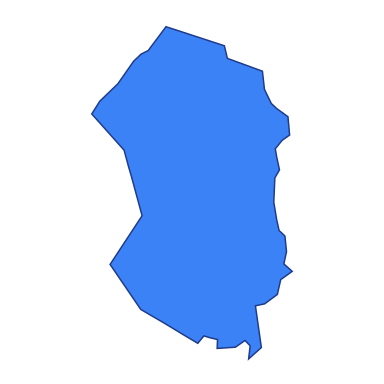 outline of Dom Pedro de Alcântara, Rio Grande do Sul, Brazil, rotated 183°
{"feature_id": "56859067B47618181554929", "entity_name": "Dom Pedro de Alcântara", "entity_type": "district", "adm_level": 2, "iso_a3": "BRA", "parent_name": "Brazil", "parent_adm1": "Rio Grande do Sul", "projection": "equal_earth", "projection_center": [-49.866, -29.366], "detail": "fine", "context": "isolated", "style": "filled", "palette": "blue", "viewbox_px": 384, "rotation_deg": 183, "n_neighbors": 0, "source": "geoboundaries", "source_scale": "gbopen_adm2", "svg_char_len": 749}
<svg xmlns="http://www.w3.org/2000/svg" viewBox="0 0 384 384"><g transform="rotate(183 192 192)"><path d="M226.6,355.7L243.2,330.9L250.1,327.0L257.1,319.6L271.7,296.2L288.8,277.9L296.2,264.7L262.0,230.2L256.5,213.4L253.7,205.5L240.6,165.7L270.0,115.4L237.0,72.0L212.3,59.3L194.1,49.5L178.3,41.2L172.6,48.9L166.4,47.4L158.8,46.0L158.7,37.1L140.5,39.3L131.3,46.5L125.9,41.5L126.7,28.3L114.6,40.3L122.7,81.7L113.6,84.1L101.4,94.2L98.8,109.2L87.8,118.0L96.5,125.0L94.5,137.4L96.9,152.9L103.0,158.1L106.0,168.8L109.8,186.2L110.0,210.4L105.8,218.7L109.1,230.8L111.1,239.5L104.7,248.3L97.5,254.0L100.1,272.2L111.7,279.7L117.4,284.5L125.0,298.2L128.0,316.3L163.7,327.3L167.3,339.7L226.6,355.7Z" fill="#3b82f6" stroke="#1e3a8a" stroke-width="1.5"/></g></svg>